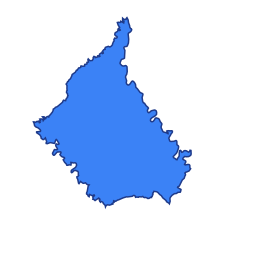 Bom Jesus, Rio Grande do Sul, Brazil (Mercator projection), rotated 46°
{"feature_id": "56859067B89984831429306", "entity_name": "Bom Jesus", "entity_type": "district", "adm_level": 2, "iso_a3": "BRA", "parent_name": "Brazil", "parent_adm1": "Rio Grande do Sul", "projection": "mercator", "projection_center": [-50.435, -28.545], "detail": "fine", "context": "isolated", "style": "filled", "palette": "blue", "viewbox_px": 256, "rotation_deg": 46, "n_neighbors": 0, "source": "geoboundaries", "source_scale": "gbopen_adm2", "svg_char_len": 5803}
<svg xmlns="http://www.w3.org/2000/svg" viewBox="0 0 256 256"><g transform="rotate(46 128 128)"><path d="M47.9,52.1L48.0,53.2L48.5,54.0L47.0,55.5L45.3,55.6L47.1,57.4L48.4,56.7L49.4,58.1L46.2,59.1L46.7,59.7L46.6,60.4L45.3,61.4L44.7,62.4L47.4,63.7L49.8,64.1L49.9,66.3L51.5,65.3L52.2,65.6L51.9,66.5L50.7,67.2L51.2,68.6L50.6,71.0L51.3,72.3L52.0,72.8L53.5,72.8L54.2,72.4L55.1,72.5L55.4,73.4L54.9,74.6L54.1,75.0L54.5,76.6L55.7,77.5L55.8,78.4L56.6,80.4L57.3,81.4L57.5,82.9L57.3,84.3L56.7,85.0L55.6,85.4L54.3,88.2L54.8,89.5L55.5,89.9L54.8,91.0L55.1,93.3L56.1,93.2L57.0,93.8L56.8,94.6L55.4,94.9L55.1,97.2L55.9,98.2L56.8,98.3L56.6,99.4L55.5,99.1L55.0,99.7L55.6,101.0L54.6,102.7L53.8,102.2L52.8,102.8L53.1,104.1L54.2,105.2L54.6,106.8L53.2,108.6L50.7,108.6L51.0,109.4L53.1,110.7L52.3,112.0L52.9,112.4L53.4,113.2L52.2,115.0L53.3,116.2L52.1,117.8L51.2,118.2L50.7,119.0L51.5,119.8L51.2,120.9L50.5,121.8L51.1,124.3L50.6,124.9L51.3,127.2L50.7,131.0L51.5,132.3L52.6,135.2L52.4,136.9L52.6,137.8L53.0,138.5L52.7,139.3L53.4,141.1L53.4,142.0L55.1,142.4L57.6,144.9L58.7,145.6L58.7,146.4L59.9,147.7L61.2,147.6L62.1,148.4L63.1,148.7L63.2,149.6L63.8,150.0L64.1,152.3L65.0,153.9L63.2,155.1L63.5,156.3L64.0,157.2L63.5,164.1L62.7,165.9L62.9,167.1L62.5,168.7L63.3,169.5L64.2,171.8L64.1,172.7L64.4,173.4L64.3,174.4L64.6,175.7L64.4,176.6L65.0,177.4L63.7,178.0L63.4,179.6L64.1,180.6L63.8,181.4L62.7,180.6L61.6,180.6L60.6,181.7L61.8,181.8L63.6,182.7L63.8,183.9L63.1,183.5L62.1,183.5L61.0,184.3L60.3,185.3L62.0,185.9L61.3,187.0L62.9,187.4L62.6,188.1L61.6,187.8L60.6,188.1L60.5,188.8L59.8,189.3L59.8,190.2L59.4,190.9L58.3,191.3L57.9,191.8L59.4,192.3L61.5,193.6L63.5,193.5L65.1,192.7L67.2,192.4L68.5,192.4L69.2,192.7L69.6,193.4L67.3,196.4L67.9,197.0L71.6,196.2L73.7,196.6L75.1,197.6L77.3,197.2L77.8,196.6L77.7,194.3L81.5,196.1L81.7,197.1L82.3,197.6L83.2,197.0L84.3,194.5L84.8,193.8L87.9,191.7L87.6,190.6L86.5,188.5L86.4,187.6L87.3,187.5L91.2,188.4L91.6,189.1L91.2,189.8L89.5,190.7L90.1,191.9L91.1,192.5L93.7,193.1L94.4,193.6L94.1,194.4L92.4,195.9L93.7,199.8L94.4,200.3L95.8,200.5L96.4,199.8L96.1,196.2L96.3,195.4L98.4,193.0L99.3,193.4L99.9,195.5L101.9,195.6L103.0,195.4L104.8,194.4L105.6,194.5L105.8,195.4L105.8,196.7L108.6,197.4L111.1,197.4L112.2,197.9L113.0,197.2L113.5,196.0L115.0,194.8L114.2,193.7L113.1,193.0L114.0,192.2L115.0,191.8L116.1,190.4L116.7,190.0L117.5,189.9L119.0,190.7L119.8,192.6L119.8,193.8L119.2,197.2L119.2,198.1L119.5,198.8L120.4,199.6L121.1,199.5L121.3,198.5L121.1,196.6L122.1,195.2L124.4,194.2L125.5,194.6L127.1,196.2L127.8,196.4L128.0,197.4L127.6,198.7L128.5,199.4L130.0,199.8L133.3,201.9L134.0,201.9L133.5,199.3L136.3,198.8L136.9,198.4L138.0,196.6L139.8,196.7L140.8,196.4L141.9,195.5L142.2,197.1L145.3,201.4L145.8,202.7L146.6,203.6L147.3,203.6L147.9,203.2L149.0,203.9L150.4,203.7L149.2,201.7L151.8,200.8L152.5,198.9L153.2,199.0L153.4,199.8L153.1,200.9L153.4,201.4L154.2,201.8L154.8,202.8L155.8,202.2L157.3,202.1L158.0,197.8L158.9,197.6L159.7,197.7L159.6,198.5L161.2,199.3L162.2,199.3L161.9,198.5L163.8,197.7L164.5,197.8L165.1,198.2L167.2,198.1L168.2,198.4L169.1,199.0L168.6,197.6L168.9,196.2L170.7,194.8L172.1,191.8L171.3,191.7L171.7,190.4L170.6,189.1L171.7,189.0L171.4,188.1L172.2,187.7L172.6,185.5L173.1,184.8L174.9,180.0L176.5,176.8L177.2,176.3L180.1,172.4L180.2,171.3L180.6,170.5L182.2,170.1L183.1,170.7L183.7,169.7L185.1,168.6L185.1,167.8L186.9,166.2L187.5,164.9L188.2,165.0L189.4,164.6L190.0,163.7L191.5,162.9L192.5,162.7L193.2,161.8L193.6,160.2L194.3,159.4L193.7,158.9L194.0,158.2L193.6,157.2L193.1,156.8L193.0,156.0L192.0,155.5L192.1,154.7L191.5,153.4L193.7,151.7L195.0,151.3L197.9,151.4L199.8,151.0L202.4,151.5L206.6,151.0L207.8,151.5L210.4,150.8L211.3,150.9L210.0,148.6L207.9,146.9L207.3,145.7L207.0,143.1L207.5,140.2L208.6,138.9L208.9,137.8L208.8,137.1L210.5,134.9L209.9,133.7L209.0,132.6L205.3,133.7L204.9,132.9L205.4,131.5L203.1,125.1L203.2,122.5L202.1,120.5L201.7,119.2L200.8,118.6L199.9,118.4L200.0,117.0L200.4,116.3L201.3,113.9L200.8,111.2L199.7,111.2L197.8,109.5L196.9,109.4L195.9,110.1L194.3,112.5L193.5,112.6L192.7,110.2L192.0,109.5L190.9,109.6L189.0,110.2L188.3,110.1L187.9,109.3L187.8,107.1L189.3,105.9L190.7,104.2L191.2,102.1L191.0,101.3L190.4,100.5L187.9,98.3L187.1,98.8L187.7,100.2L187.4,101.2L184.9,101.9L183.8,102.7L183.3,103.6L183.3,105.4L182.8,106.2L181.2,105.7L180.5,105.8L180.2,106.5L181.2,108.1L183.4,110.3L183.9,111.2L184.4,113.8L184.9,114.7L184.2,115.3L183.4,115.2L180.9,115.8L180.0,115.3L179.8,110.8L179.3,109.1L177.9,106.3L176.7,104.6L175.8,104.2L174.0,104.4L171.7,102.3L170.9,102.0L170.3,102.2L169.5,104.1L167.6,106.4L166.9,106.9L166.1,106.9L163.7,105.7L163.3,104.9L162.6,102.2L162.2,101.2L162.0,99.5L161.7,98.8L161.0,98.2L160.3,98.5L159.3,99.7L157.7,101.1L157.1,102.2L157.9,102.6L159.5,102.6L159.9,103.2L158.3,103.6L155.4,105.3L154.7,105.3L150.9,104.0L150.0,103.2L148.8,101.0L148.2,100.6L145.8,100.4L143.5,99.5L142.4,99.5L140.3,100.7L139.9,101.6L140.5,103.3L140.7,105.1L140.5,105.9L139.9,106.6L139.1,106.9L138.3,106.7L137.3,105.5L137.3,103.6L138.2,99.7L138.0,98.0L136.5,96.4L135.1,95.8L133.7,96.2L133.1,97.0L132.0,98.9L131.7,99.9L131.7,101.9L131.2,102.6L130.4,102.7L129.1,102.1L128.5,101.3L127.9,99.5L126.9,99.3L124.5,99.5L121.6,98.9L120.7,99.4L119.1,99.0L115.9,96.7L114.3,94.0L113.5,93.6L110.8,94.6L106.2,94.0L104.2,94.1L101.8,92.3L99.9,91.8L98.3,91.7L97.3,92.2L97.1,93.1L97.7,95.6L97.6,97.6L96.9,98.2L95.7,98.4L95.0,98.2L94.1,97.7L93.1,96.2L89.9,94.6L88.9,93.4L88.5,91.7L86.8,89.3L83.3,86.2L82.0,86.1L81.3,86.5L80.6,87.9L79.8,88.6L78.7,89.1L76.2,89.0L75.6,88.4L74.3,85.7L74.3,84.7L75.1,83.1L75.3,82.0L70.0,76.3L67.7,75.5L67.2,75.0L67.2,74.0L68.5,72.1L68.3,71.1L67.2,68.7L64.6,65.8L60.5,62.6L60.1,61.8L60.5,59.7L60.5,58.9L60.3,57.9L59.8,57.0L59.0,56.7L58.2,57.0L56.7,56.7L55.6,55.8L52.7,54.5L50.3,52.8L47.9,52.1Z" fill="#3b82f6" stroke="#1e3a8a" stroke-width="1.5"/></g></svg>